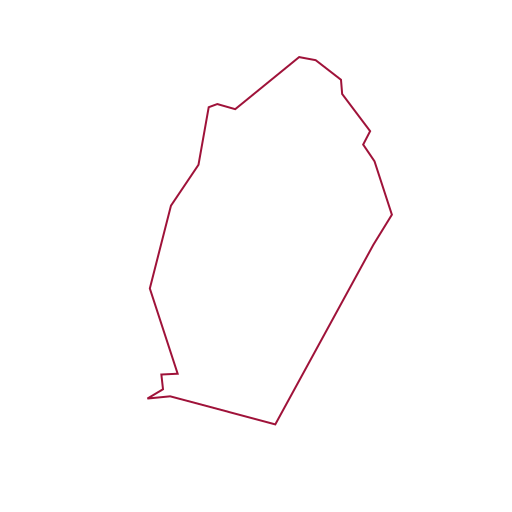 outline of Montgomery, Kentucky, United States of America, rotated 235°
{"feature_id": "52423323B47164962454454", "entity_name": "Montgomery", "entity_type": "district", "adm_level": 2, "iso_a3": "USA", "parent_name": "United States of America", "parent_adm1": "Kentucky", "projection": "albers", "projection_center": [-83.879, 38.046], "detail": "fine", "context": "isolated", "style": "outline", "palette": "rose", "viewbox_px": 512, "rotation_deg": 235, "n_neighbors": 0, "source": "geoboundaries", "source_scale": "gbopen_adm2", "svg_char_len": 429}
<svg xmlns="http://www.w3.org/2000/svg" viewBox="0 0 512 512"><g transform="rotate(235 256 256)"><path d="M402.7,311.4L405.0,302.6L363.7,261.2L346.0,215.2L290.3,150.4L204.5,124.3L213.2,110.5L200.2,103.4L201.5,85.3L190.3,105.2L107.0,175.2L197.9,358.6L211.9,391.0L265.6,407.4L285.8,407.7L292.8,421.1L339.3,419.5L351.6,426.7L382.2,417.2L394.2,405.4L388.2,323.2L402.7,311.4Z" fill="none" stroke="#9f1239" stroke-width="2"/></g></svg>